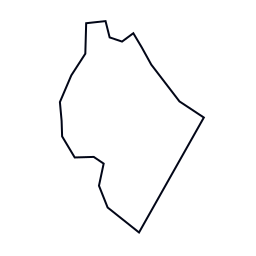 outline of Qrendi, rotated 282°
{"feature_id": "MLT-5972", "entity_name": "Qrendi", "entity_type": "state/province", "adm_level": 1, "iso_a3": "MLT", "parent_name": "Malta", "parent_adm1": "", "projection": "mercator", "projection_center": [14.452, 35.828], "detail": "fine", "context": "isolated", "style": "outline", "palette": "ink", "viewbox_px": 256, "rotation_deg": 282, "n_neighbors": 0, "source": "natural_earth", "source_scale": "10m", "svg_char_len": 403}
<svg xmlns="http://www.w3.org/2000/svg" viewBox="0 0 256 256"><g transform="rotate(282 128 128)"><path d="M154.0,200.0L28.1,160.5L46.0,124.6L65.5,111.6L88.1,111.6L92.6,100.5L88.1,82.0L106.1,65.3L121.1,61.6L139.2,56.0L167.7,61.6L191.8,70.8L221.8,65.3L227.9,83.8L212.8,91.2L211.3,104.2L221.8,113.5L209.8,124.6L194.8,137.6L164.7,172.8L154.0,200.0Z" fill="none" stroke="#020617" stroke-width="2"/></g></svg>